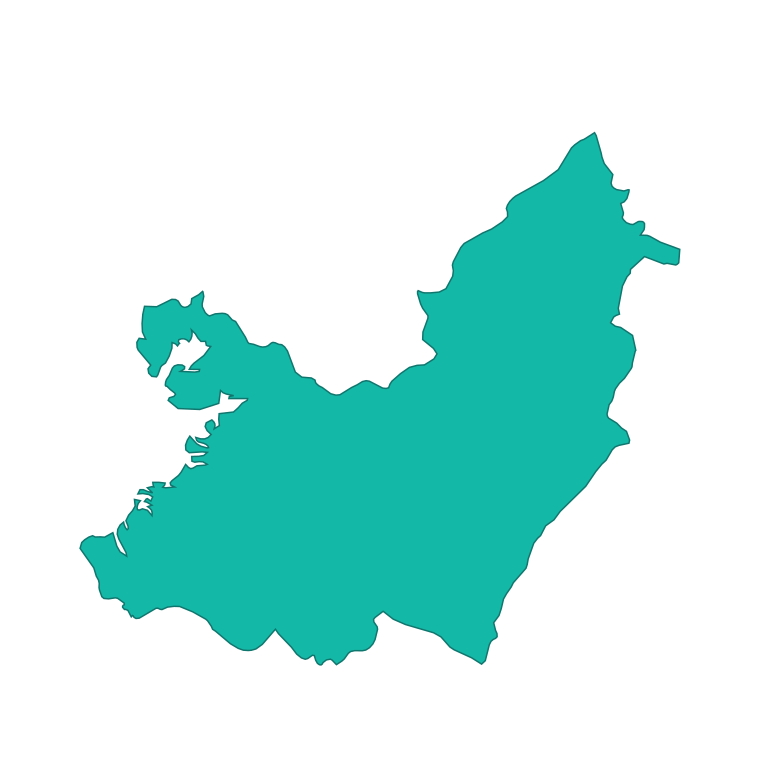 the border of Valle del Cauca, rotated 12°
{"feature_id": "COL-1408", "entity_name": "Valle del Cauca", "entity_type": "Department", "adm_level": 1, "iso_a3": "COL", "parent_name": "Colombia", "parent_adm1": "", "projection": "mercator", "projection_center": [-76.797, 4.064], "detail": "fine", "context": "isolated", "style": "filled", "palette": "teal", "viewbox_px": 768, "rotation_deg": 12, "n_neighbors": 0, "source": "natural_earth", "source_scale": "10m", "svg_char_len": 6168}
<svg xmlns="http://www.w3.org/2000/svg" viewBox="0 0 768 768"><g transform="rotate(12 384 384)"><path d="M138.4,624.2L120.9,608.0L121.3,601.9L123.6,598.6L127.0,595.2L130.5,593.0L133.4,593.7L138.4,592.5L142.6,591.9L149.7,585.8L156.4,598.2L160.8,603.1L168.1,605.9L166.8,602.6L156.9,590.8L154.3,586.4L153.8,581.5L155.2,576.8L158.0,573.2L159.1,575.7L161.1,578.5L163.0,580.0L163.9,578.6L163.3,576.4L160.0,571.4L161.5,565.3L164.3,560.3L166.0,555.1L163.9,548.8L170.0,548.8L168.5,551.8L168.2,553.6L168.1,556.0L169.0,558.2L170.9,558.2L173.7,556.3L178.9,556.7L184.4,561.0L184.0,558.1L182.9,555.9L180.9,554.3L178.3,553.1L182.2,550.8L176.6,548.9L174.1,548.8L175.3,546.0L176.4,545.3L180.3,547.0L181.2,542.5L177.0,541.0L170.9,541.3L166.1,542.7L167.3,538.1L170.6,537.4L175.3,538.3L180.3,538.6L174.1,534.7L178.0,532.8L180.3,532.5L179.4,531.3L178.3,528.3L184.2,527.0L190.5,526.4L190.5,528.3L189.0,531.0L191.9,531.0L200.6,528.3L196.4,527.2L195.4,525.2L196.8,522.5L202.0,516.2L203.9,512.5L206.7,503.9L210.1,506.3L212.6,507.0L214.8,505.9L218.0,502.9L225.8,500.6L227.8,499.3L223.1,497.8L219.2,498.4L215.2,499.8L212.2,499.5L211.0,494.9L217.7,493.3L222.6,491.4L225.4,487.6L220.2,488.2L207.8,491.7L203.9,489.7L202.6,485.1L203.3,479.8L204.9,475.4L213.2,481.4L217.7,482.9L224.2,483.3L225.6,482.7L224.8,481.4L222.7,480.1L220.0,479.5L214.4,479.2L212.5,478.1L211.0,475.4L215.9,475.8L220.0,475.0L223.2,472.8L225.4,469.3L220.7,466.4L217.9,462.8L218.2,458.9L223.1,454.9L225.5,456.5L226.8,458.1L227.4,460.1L227.2,463.2L231.6,458.9L229.7,452.8L228.9,447.3L242.6,442.7L246.2,437.8L249.3,432.3L253.6,428.4L253.6,426.6L235.3,430.5L235.3,428.4L239.4,426.6L231.8,426.6L228.4,426.0L225.4,424.3L226.4,437.3L209.1,447.2L187.7,450.8L176.3,444.9L176.9,442.1L181.1,439.8L182.2,437.5L181.1,436.3L176.0,433.8L172.3,431.4L171.0,431.4L170.3,430.6L170.0,427.5L170.3,424.9L172.2,420.3L173.7,412.5L175.2,409.9L178.3,408.1L182.6,407.4L185.4,408.4L185.7,410.7L182.2,414.0L196.4,411.7L200.6,410.1L200.6,408.1L190.5,410.1L191.8,406.3L193.9,403.0L201.9,393.6L206.7,383.3L203.5,383.4L202.1,383.0L200.6,379.4L196.1,380.4L192.6,377.9L189.0,374.1L184.4,371.1L185.7,374.0L186.1,377.2L185.7,380.4L184.4,383.3L181.8,381.8L179.2,381.4L176.6,381.9L174.1,383.3L174.1,385.5L175.6,386.9L175.0,387.4L174.1,389.7L171.8,388.1L168.1,387.5L169.1,393.1L168.1,401.4L165.9,408.9L162.9,412.1L162.0,413.9L160.9,422.1L160.0,424.3L155.3,424.8L151.6,422.3L150.0,418.2L151.9,414.0L136.6,402.0L134.9,399.6L133.6,394.6L135.0,390.2L141.6,389.7L136.9,383.3L134.8,375.2L133.6,366.1L133.6,357.8L145.6,355.7L158.8,345.3L162.5,344.7L165.3,345.6L168.7,349.2L170.1,350.1L172.4,350.6L174.2,350.1L176.2,348.9L178.6,345.8L178.2,340.4L184.2,335.2L187.3,331.1L187.7,331.4L189.5,335.8L189.5,343.6L190.3,346.4L194.3,351.4L197.2,353.2L199.2,353.7L204.3,350.5L211.0,348.5L213.9,348.2L216.7,348.8L222.2,352.9L225.8,353.7L238.6,366.9L242.1,371.5L243.4,372.4L248.2,372.3L254.6,373.2L257.5,373.1L260.4,372.2L262.6,370.7L265.3,367.3L266.7,366.4L268.9,366.3L272.9,367.1L275.8,366.8L279.1,368.4L282.7,371.8L294.8,390.8L302.2,394.4L311.7,393.2L315.7,394.5L316.6,396.5L317.6,397.6L320.6,399.3L324.4,400.3L333.9,404.6L339.3,404.9L343.1,403.7L353.0,394.2L358.0,390.3L362.4,386.1L365.8,384.5L369.1,384.3L383.6,388.3L387.1,387.9L389.3,386.7L389.9,382.8L391.1,379.7L398.0,370.4L405.4,362.5L412.4,358.9L419.6,356.9L427.6,349.1L429.6,343.5L425.0,338.9L412.6,332.5L411.3,325.0L413.3,310.5L412.8,308.0L406.1,301.9L403.2,298.1L398.1,288.8L397.6,286.6L398.0,285.6L402.6,286.5L404.9,286.4L410.5,285.2L418.9,282.6L424.8,277.9L428.8,264.3L428.3,258.8L426.2,253.5L426.4,250.0L430.7,234.6L433.2,229.9L449.2,215.7L457.0,210.1L466.0,200.9L470.1,194.6L469.0,190.0L467.2,186.9L467.6,183.4L469.1,179.3L471.5,175.5L473.7,172.8L497.7,151.9L509.9,138.1L518.3,114.1L521.0,110.2L525.7,105.1L528.8,103.1L537.7,94.4L539.9,96.9L548.4,113.0L550.0,116.7L553.6,122.6L564.3,131.6L564.3,140.2L565.9,143.1L568.0,144.5L571.0,145.5L578.6,145.3L582.4,143.2L583.4,143.2L583.6,145.4L583.0,152.1L581.1,155.8L578.0,158.2L582.6,166.8L582.8,169.0L582.4,170.9L582.8,172.3L584.3,173.7L587.5,175.8L591.7,176.5L594.5,176.2L598.9,172.3L600.2,171.8L602.9,171.4L604.3,171.8L605.5,173.0L606.2,176.5L606.3,179.0L603.8,185.1L610.4,183.9L613.4,184.3L624.7,187.8L645.3,190.8L647.1,204.2L646.0,205.8L644.7,206.9L635.8,207.1L632.8,208.4L612.3,205.2L601.3,220.6L601.8,224.5L599.4,228.6L596.9,238.6L597.4,261.2L599.8,266.7L596.5,268.9L594.7,270.8L592.9,277.0L598.2,279.4L603.8,279.5L617.0,284.8L623.3,298.7L622.9,299.8L622.6,311.7L623.0,315.7L622.6,317.4L618.0,328.5L614.1,334.3L611.4,340.6L610.9,343.5L611.0,348.9L610.7,351.3L610.3,353.5L608.5,357.4L608.4,367.0L609.4,369.3L610.8,370.7L619.8,373.9L625.5,377.7L631.0,379.9L635.9,387.8L635.9,391.0L626.7,395.1L623.2,397.4L620.9,400.9L617.0,412.5L613.8,417.0L609.4,425.5L602.6,442.1L582.8,472.0L578.5,481.5L571.6,489.1L568.7,499.7L566.3,503.0L563.6,508.6L561.4,525.1L561.6,530.8L561.2,534.7L551.8,551.5L550.6,556.2L547.5,563.5L545.6,569.5L545.4,579.3L544.6,586.6L540.9,594.7L544.4,601.9L546.4,604.6L547.2,607.7L546.0,609.6L544.0,611.1L542.2,613.4L541.2,617.2L540.6,633.6L537.7,637.7L526.6,633.6L507.8,629.4L503.2,627.6L492.3,619.5L484.2,617.0L455.0,614.8L441.9,612.1L430.4,606.5L423.8,614.2L422.7,616.3L423.6,618.9L427.8,622.9L428.7,625.3L428.4,635.8L427.2,640.5L424.7,644.9L421.5,648.0L418.3,649.4L410.8,650.9L407.0,652.6L405.1,654.8L402.3,661.2L400.4,663.8L395.8,668.4L390.7,664.9L388.8,664.3L385.1,665.8L382.3,669.1L381.7,671.0L380.8,671.9L379.2,672.0L377.0,671.1L374.6,668.4L372.3,664.1L370.4,664.2L366.5,668.4L364.2,669.6L360.2,669.1L354.8,666.4L348.2,660.7L332.6,650.1L328.8,646.4L319.1,664.0L313.8,669.8L309.6,672.0L306.6,672.9L301.7,673.6L296.4,672.9L287.8,670.0L270.6,660.8L267.3,659.5L265.5,656.9L260.7,652.3L258.6,651.1L244.2,646.6L230.4,644.1L224.9,645.1L218.7,647.2L213.7,650.8L211.9,650.9L209.5,650.3L207.6,650.8L193.3,663.9L190.2,664.9L188.0,664.2L186.7,662.8L186.1,662.7L185.2,664.3L180.6,658.7L178.3,658.2L177.0,658.5L174.8,656.8L174.5,655.7L174.9,654.7L175.8,654.0L175.4,652.3L168.0,649.0L165.7,649.0L159.3,651.4L154.6,652.0L152.2,650.7L148.5,644.6L147.6,642.4L146.9,638.2L145.6,635.3L142.5,631.7L138.4,624.2Z" fill="#14b8a6" stroke="#0f766e" stroke-width="1.5"/></g></svg>